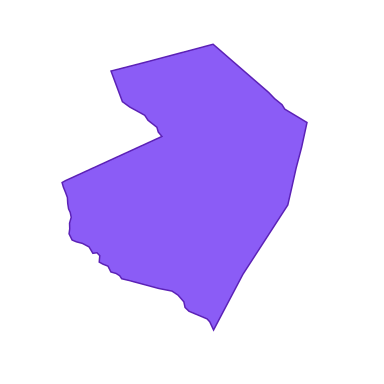 Janduís, Rio Grande do Norte, Brazil (orthographic projection), rotated 254°
{"feature_id": "56859067B51119981613675", "entity_name": "Janduís", "entity_type": "district", "adm_level": 2, "iso_a3": "BRA", "parent_name": "Brazil", "parent_adm1": "Rio Grande do Norte", "projection": "orthographic", "projection_center": [-37.487, -5.995], "detail": "fine", "context": "isolated", "style": "filled", "palette": "violet", "viewbox_px": 384, "rotation_deg": 254, "n_neighbors": 0, "source": "geoboundaries", "source_scale": "gbopen_adm2", "svg_char_len": 821}
<svg xmlns="http://www.w3.org/2000/svg" viewBox="0 0 384 384"><g transform="rotate(254 192 192)"><path d="M236.9,69.7L232.3,69.7L226.6,70.3L221.0,70.7L215.3,69.4L209.8,68.7L205.9,69.3L200.9,68.9L195.8,65.7L190.3,64.3L185.7,62.3L178.9,63.5L176.0,67.1L172.8,72.5L167.6,77.9L160.4,79.8L159.8,83.9L156.2,85.8L150.2,83.5L147.2,86.5L143.9,90.8L137.5,92.0L134.6,96.6L131.5,99.4L128.0,100.5L124.7,106.4L108.4,133.5L102.3,145.4L96.8,150.1L88.7,153.9L82.9,153.5L78.1,156.3L65.9,171.5L62.3,173.3L53.4,174.7L98.8,218.2L153.1,280.5L167.8,288.6L186.5,298.8L204.6,309.6L227.1,321.7L246.1,304.0L251.1,302.6L259.0,297.1L266.4,293.2L328.2,253.0L329.6,182.9L330.6,147.5L298.0,150.0L290.7,155.7L278.8,167.7L273.0,169.5L263.9,176.1L258.9,176.1L253.7,178.4L237.8,73.5L236.9,69.7Z" fill="#8b5cf6" stroke="#5b21b6" stroke-width="1.5"/></g></svg>